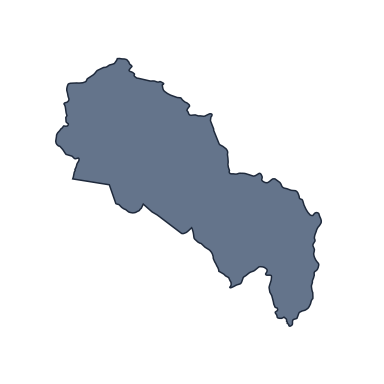 the district of Nuevo Celilac, Santa Bárbara, Honduras, rotated 43°
{"feature_id": "27666195B84873430448704", "entity_name": "Nuevo Celilac", "entity_type": "district", "adm_level": 2, "iso_a3": "HND", "parent_name": "Honduras", "parent_adm1": "Santa Bárbara", "projection": "mercator", "projection_center": [-88.362, 14.974], "detail": "fine", "context": "isolated", "style": "filled", "palette": "slate", "viewbox_px": 384, "rotation_deg": 43, "n_neighbors": 0, "source": "geoboundaries", "source_scale": "gbopen_adm2", "svg_char_len": 5993}
<svg xmlns="http://www.w3.org/2000/svg" viewBox="0 0 384 384"><g transform="rotate(43 192 192)"><path d="M353.1,187.6L352.1,186.4L348.9,183.2L347.8,182.7L346.4,181.8L344.4,180.2L343.3,179.2L341.8,176.1L340.9,175.2L340.3,174.2L339.6,172.2L338.6,170.3L338.2,169.5L337.0,168.4L336.2,167.4L336.1,166.3L336.5,164.6L336.5,163.6L336.4,162.9L335.8,161.2L334.4,158.8L333.7,158.3L333.1,158.0L331.2,157.8L329.1,157.4L326.7,156.5L325.1,155.7L323.8,154.8L323.0,154.1L321.8,152.0L320.9,150.7L319.9,150.1L317.4,149.0L316.6,148.4L316.1,147.4L315.4,144.0L314.7,143.2L313.1,142.4L312.3,141.5L311.1,139.5L309.8,136.3L308.9,134.5L308.2,132.0L308.1,129.6L307.7,127.5L307.5,126.7L307.2,126.1L306.3,125.0L305.0,124.1L304.0,123.6L301.9,122.7L299.4,121.3L298.9,121.3L298.1,121.5L297.4,121.9L296.9,122.3L296.4,123.2L296.2,124.1L296.4,126.8L296.0,127.2L295.2,127.8L294.1,128.2L290.8,127.9L288.5,127.3L286.6,126.7L282.7,125.1L279.4,123.1L278.3,122.6L277.5,122.5L276.0,123.2L275.0,123.3L274.4,123.0L273.3,122.1L271.6,121.2L269.8,120.4L268.6,120.2L267.4,120.3L266.6,120.6L264.2,122.5L263.2,123.2L259.1,124.9L256.9,126.2L255.8,126.6L254.8,126.7L254.0,126.6L251.5,125.5L249.8,125.1L243.8,125.8L243.0,126.4L242.1,127.4L241.8,128.7L241.5,131.2L241.2,132.8L240.7,133.9L239.8,134.7L238.8,135.3L237.4,135.7L236.2,135.9L235.2,135.8L234.5,135.4L233.6,133.7L232.9,133.0L231.6,132.4L230.5,132.0L229.6,131.9L228.9,132.1L228.5,132.5L228.2,133.1L227.8,134.8L227.1,137.1L226.2,138.4L225.7,138.7L222.2,140.3L218.5,142.1L217.3,142.9L214.1,145.7L213.6,146.3L212.7,148.0L211.8,149.1L209.6,150.7L208.9,151.5L207.9,152.2L207.3,152.5L206.2,152.4L205.8,152.2L205.3,151.7L204.7,150.7L201.7,149.1L199.3,147.2L198.6,146.1L197.5,144.9L195.1,142.7L192.3,140.4L191.1,138.7L190.2,138.0L188.9,137.5L187.4,137.2L183.3,137.6L180.4,138.4L179.5,138.4L179.0,138.3L166.8,132.6L165.9,132.2L164.8,131.1L156.9,127.3L155.9,126.0L154.8,124.4L154.7,123.9L154.6,122.9L154.3,122.3L153.8,121.7L153.3,121.6L152.4,121.9L151.5,122.9L150.4,125.6L149.7,127.6L149.0,128.6L146.1,130.7L144.8,132.0L141.8,133.4L140.3,135.0L139.0,136.6L138.5,136.9L137.8,137.2L136.8,137.2L135.9,136.9L134.7,136.2L132.6,135.8L132.0,134.2L131.7,131.0L131.1,130.4L130.2,130.1L127.3,130.3L126.0,130.9L124.5,131.1L122.1,131.2L120.6,130.9L119.6,130.8L118.5,131.6L116.7,133.0L110.2,135.8L106.9,136.7L103.7,137.1L102.4,137.1L101.5,136.9L100.3,136.3L99.0,135.4L97.7,134.4L97.2,133.8L97.2,133.5L97.5,133.2L97.6,132.8L97.5,132.3L97.3,132.0L96.6,132.0L94.3,132.6L93.7,132.8L93.3,133.1L93.0,133.5L92.7,134.3L92.1,134.9L91.3,135.4L89.0,136.4L87.7,137.4L86.4,138.8L85.8,139.3L75.4,145.3L74.1,146.2L73.5,146.4L71.3,146.6L70.6,146.5L70.1,146.2L69.6,145.1L69.3,144.9L67.2,145.0L65.9,145.4L64.4,146.1L63.7,146.2L63.2,146.1L62.8,145.7L62.7,144.9L62.5,143.4L62.5,141.3L62.4,141.1L62.0,140.9L61.0,140.8L59.5,141.0L58.4,140.7L57.4,140.1L54.5,139.7L53.8,139.8L52.0,140.7L49.9,142.5L47.9,143.8L46.4,145.4L46.8,146.2L47.1,147.3L47.6,150.9L46.8,152.6L45.0,155.5L44.3,158.7L43.7,159.8L42.5,161.1L42.2,161.7L39.8,167.8L39.8,169.1L40.0,171.3L40.0,172.7L39.8,174.1L38.2,180.6L39.0,183.1L39.0,183.7L38.7,184.5L37.6,186.6L36.9,187.4L35.1,189.4L33.3,190.9L29.0,195.3L28.1,196.7L27.9,197.6L28.2,198.6L29.1,200.5L30.0,201.9L31.1,203.1L33.5,204.6L36.2,206.6L38.6,207.9L39.1,208.6L39.5,209.6L39.5,210.8L39.3,211.7L38.2,213.5L38.1,214.4L38.3,214.9L39.7,215.3L41.2,216.1L45.9,219.9L48.5,221.5L48.9,223.6L52.1,226.6L53.6,226.7L55.0,226.5L55.3,226.7L55.6,227.2L55.9,228.1L55.8,228.8L54.7,230.1L53.2,231.1L53.1,231.4L53.4,233.6L53.1,235.3L53.4,237.1L53.4,240.2L53.7,241.6L54.1,242.7L55.2,244.1L57.7,247.8L59.2,248.9L60.7,249.4L62.9,249.4L63.9,248.8L64.4,248.7L68.6,249.1L73.1,250.2L74.2,250.4L75.0,250.0L79.6,247.7L80.2,247.6L83.0,247.7L83.4,247.6L84.0,247.3L84.4,246.7L85.5,245.0L86.0,244.6L86.5,244.7L87.2,245.2L87.9,246.2L88.6,249.5L88.9,250.3L89.5,251.3L90.4,253.2L91.0,255.3L91.2,255.5L91.8,255.8L92.4,257.8L95.0,262.0L95.8,263.8L126.6,243.1L144.2,252.4L145.4,252.0L146.8,251.2L147.5,251.0L150.8,251.2L151.9,251.1L154.0,250.7L155.4,250.1L159.3,249.8L160.8,249.1L161.9,248.4L162.8,247.8L163.8,246.7L164.7,245.4L165.2,243.8L165.9,242.1L166.1,241.2L165.8,240.5L166.0,238.4L164.6,234.1L176.4,233.8L182.2,232.5L212.7,229.4L213.8,228.6L214.4,227.7L215.2,226.0L215.5,225.2L215.8,223.0L216.1,218.4L217.5,218.9L218.9,219.8L219.8,220.3L221.6,221.6L224.4,223.9L225.2,224.4L225.9,224.6L230.4,224.6L232.5,224.1L233.9,223.4L239.1,223.5L244.3,222.5L244.9,222.5L247.2,222.8L249.1,223.4L251.4,224.7L252.8,226.0L253.3,226.3L256.3,227.6L257.8,228.0L261.1,229.3L262.3,229.6L264.2,230.5L265.8,231.7L266.7,231.4L271.2,230.4L272.5,230.4L273.6,230.5L276.7,229.7L277.5,229.7L279.7,230.7L282.2,231.5L283.6,232.8L283.9,233.2L284.4,234.2L284.6,235.9L284.8,236.0L285.1,236.0L285.6,235.7L286.1,234.8L286.9,232.8L288.0,229.6L289.4,227.2L290.0,226.0L290.0,225.2L289.7,224.0L288.1,220.3L287.8,219.6L287.8,218.8L288.0,218.0L288.4,216.5L288.9,212.8L289.2,211.4L289.7,210.2L290.9,207.9L291.3,206.7L292.0,201.3L292.4,200.6L292.8,200.1L294.7,198.6L296.1,197.9L297.7,197.6L299.2,197.5L299.9,197.7L300.4,198.1L301.2,199.3L301.6,201.5L301.9,201.9L302.4,202.1L303.0,202.0L303.6,201.7L305.8,199.6L306.5,199.2L307.0,199.1L307.6,199.4L308.5,200.4L310.1,202.6L312.9,208.4L313.6,209.4L317.3,212.2L320.2,213.1L321.2,213.5L326.5,216.9L328.2,218.2L330.5,219.2L330.8,219.5L331.8,219.5L333.3,218.8L334.4,219.2L334.9,219.6L335.2,220.2L335.2,221.1L334.8,222.9L335.0,223.3L335.4,223.6L336.3,223.9L337.3,224.0L338.5,224.6L339.8,225.5L340.8,225.5L342.0,224.8L343.5,223.5L344.1,222.4L344.6,220.8L347.4,220.6L347.9,220.7L348.5,221.1L349.0,221.6L349.2,222.0L350.6,222.2L351.0,223.0L351.7,223.1L352.3,222.9L353.0,222.9L353.4,223.1L354.0,223.7L354.8,223.6L355.2,223.3L355.5,222.7L355.8,221.6L355.8,220.6L355.4,219.9L353.5,217.8L353.2,217.1L353.1,216.5L353.4,215.5L354.6,213.6L354.9,212.7L352.9,208.0L352.6,206.9L353.7,203.9L355.1,201.7L355.4,201.1L356.0,198.7L356.1,197.3L355.8,195.8L355.0,193.1L353.4,190.1L353.0,188.4L353.1,187.6Z" fill="#64748b" stroke="#1e293b" stroke-width="1.5"/></g></svg>